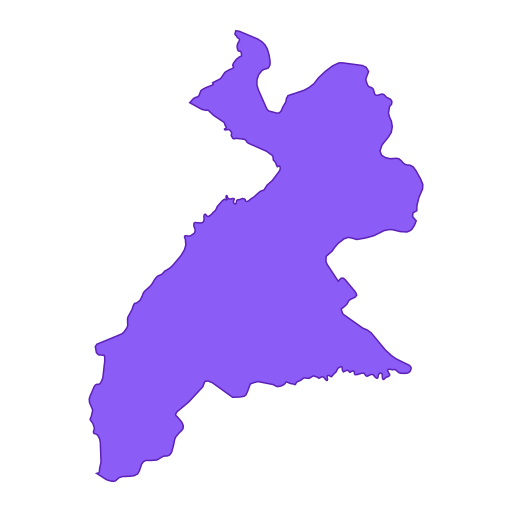 SVG path tracing the border of Arbil
{"feature_id": "IRQ-3050", "entity_name": "Arbil", "entity_type": "Province", "adm_level": 1, "iso_a3": "IRQ", "parent_name": "Iraq", "parent_adm1": "", "projection": "orthographic", "projection_center": [44.221, 36.37], "detail": "fine", "context": "isolated", "style": "filled", "palette": "violet", "viewbox_px": 512, "rotation_deg": 0, "n_neighbors": 0, "source": "natural_earth", "source_scale": "10m", "svg_char_len": 5990}
<svg xmlns="http://www.w3.org/2000/svg" viewBox="0 0 512 512"><path d="M235.8,30.7L239.4,31.3L257.7,39.0L262.0,41.8L265.1,45.0L267.4,49.1L269.0,54.6L269.9,59.9L270.1,62.8L269.9,65.2L268.3,68.0L266.4,68.8L264.3,69.2L261.8,70.7L258.6,74.8L257.0,79.7L256.9,84.8L258.3,89.7L266.0,107.1L267.2,109.6L268.9,111.0L276.9,113.1L279.2,112.9L281.0,111.2L282.8,107.1L285.8,102.0L286.5,98.3L288.0,95.6L304.2,90.2L309.2,87.4L313.9,83.7L318.5,77.8L325.4,71.3L332.7,65.8L338.8,62.9L342.4,62.8L362.4,65.5L366.2,67.4L368.6,71.5L366.0,78.4L366.0,80.7L367.6,85.0L368.7,86.6L371.5,87.6L372.9,88.6L373.6,90.2L374.6,93.8L375.5,95.0L377.3,95.4L381.0,94.2L382.9,94.1L384.2,94.8L386.4,97.2L390.6,99.3L391.9,101.5L391.6,104.1L389.5,106.7L388.5,113.1L389.6,117.3L391.4,121.2L392.3,126.6L391.3,132.3L388.7,136.6L382.0,145.0L380.0,150.9L381.5,155.1L385.3,157.6L390.3,158.7L396.3,158.3L399.0,158.8L401.4,160.9L403.2,163.0L405.2,164.4L407.4,165.1L409.9,165.1L413.2,166.9L416.0,170.7L420.7,179.2L422.8,184.4L422.6,188.9L418.9,197.5L416.9,205.7L416.8,210.7L413.0,212.8L412.6,216.6L415.5,220.1L416.2,220.7L415.4,223.0L414.4,225.4L411.8,229.4L409.7,230.9L406.9,232.0L400.3,231.6L392.0,229.6L388.1,229.7L383.9,230.7L373.9,235.7L365.5,238.0L356.8,239.5L351.2,237.9L348.1,237.4L344.1,238.8L338.2,243.3L334.5,247.6L332.4,250.8L326.1,256.4L326.0,261.5L327.1,264.3L338.2,281.2L340.1,279.1L341.4,278.1L343.4,278.2L345.3,279.8L355.0,291.5L356.1,293.3L356.7,295.3L354.9,297.3L350.4,299.4L348.9,300.6L346.9,304.1L345.4,305.7L341.2,309.0L342.1,312.1L343.1,314.2L362.6,328.0L367.0,329.9L369.3,331.4L371.2,332.9L385.4,350.0L391.6,355.7L396.4,359.0L409.5,365.4L410.8,367.0L411.1,367.7L411.1,368.9L410.0,371.5L408.8,372.5L407.4,373.1L405.3,373.4L400.9,373.3L399.1,372.8L395.2,369.6L394.3,369.5L392.2,369.8L389.7,369.1L388.1,369.5L387.6,369.8L387.5,370.4L389.8,374.9L388.7,376.4L385.8,377.5L383.9,379.4L383.3,379.5L382.9,379.2L382.4,377.9L382.2,374.4L381.9,373.7L380.5,373.0L379.9,373.0L378.6,374.5L378.3,375.3L377.9,377.7L377.3,378.2L376.4,378.1L374.9,376.9L373.3,374.9L372.4,374.5L371.2,374.4L367.4,376.2L366.4,376.1L365.3,375.1L364.3,373.5L363.3,373.2L361.8,373.2L357.2,374.6L355.1,374.7L354.4,373.7L354.3,371.8L353.4,370.9L352.5,370.9L350.4,372.1L349.7,372.3L348.4,370.7L346.9,370.2L343.4,371.9L342.2,369.9L342.2,367.6L341.6,366.7L341.0,366.6L338.0,368.2L336.0,372.0L334.4,373.4L331.5,376.7L330.8,376.6L328.7,375.3L327.9,375.5L327.2,376.0L327.1,376.8L327.6,379.1L327.3,380.3L326.6,380.4L325.8,379.9L323.8,377.3L322.4,376.7L321.2,377.1L319.5,378.0L318.6,378.2L317.6,377.2L313.3,375.9L309.2,378.3L307.5,378.3L305.1,377.9L303.6,378.1L300.7,380.3L297.1,381.9L296.4,382.4L295.4,384.5L294.8,384.6L293.4,384.0L290.3,383.5L286.8,382.0L286.0,382.0L285.1,383.5L284.0,384.5L281.2,386.0L277.7,386.6L276.6,386.4L272.9,384.5L258.0,381.6L254.8,382.3L250.3,384.0L247.5,391.6L245.8,395.1L244.0,396.3L239.8,397.0L232.6,397.3L212.2,382.6L207.8,380.9L204.8,381.5L202.8,386.8L188.8,401.9L176.9,411.9L175.7,414.0L175.8,415.5L177.1,416.6L181.3,421.5L182.5,423.6L183.3,425.8L183.1,428.5L181.5,430.7L179.0,433.0L176.0,436.6L174.7,439.4L173.5,445.4L171.5,452.5L169.6,455.0L167.5,455.9L163.3,456.2L157.0,460.0L150.5,460.5L146.1,460.4L143.5,461.6L141.6,464.2L139.3,471.1L137.6,473.9L134.5,475.6L130.7,476.2L122.3,476.6L119.3,477.5L115.4,480.9L113.5,481.3L111.4,481.2L107.3,480.0L105.5,479.1L96.7,473.4L98.8,472.8L99.3,472.1L99.7,467.9L100.8,463.2L101.0,461.0L100.3,442.4L99.6,438.8L98.1,435.9L97.0,434.6L95.9,434.0L94.1,433.5L93.6,432.8L93.4,431.9L94.4,428.5L93.6,425.5L92.7,423.2L90.3,419.9L90.1,419.0L91.3,416.5L92.7,410.0L89.5,402.5L89.2,399.1L90.0,396.3L94.2,386.6L95.3,385.1L96.4,384.4L99.3,384.2L100.7,382.8L102.8,378.0L104.7,361.4L104.7,357.0L104.1,355.3L98.4,354.8L96.4,352.6L95.3,346.6L96.9,344.2L122.0,333.8L124.1,331.9L126.9,327.8L127.4,326.6L127.7,325.4L127.5,319.1L127.9,317.1L132.1,309.4L133.1,306.1L134.1,304.0L134.8,303.3L136.4,303.1L140.1,300.3L142.4,295.6L143.4,292.9L144.5,291.3L150.6,285.8L152.3,283.5L154.6,279.6L156.2,277.5L157.7,276.1L162.0,274.2L164.8,271.0L166.3,270.3L169.9,268.0L173.0,265.1L181.1,255.4L184.4,249.9L185.8,245.1L185.4,239.4L184.5,237.2L184.7,236.3L185.2,235.7L189.4,236.1L190.8,235.6L194.2,233.3L194.8,232.2L195.1,230.9L195.0,229.0L193.9,226.3L193.8,224.0L194.2,223.0L195.0,222.5L201.1,223.0L202.8,222.4L203.7,221.1L204.1,219.6L203.9,216.7L204.2,215.0L204.7,214.3L205.3,214.2L206.5,215.4L207.0,216.2L208.0,216.5L209.1,216.1L211.8,214.1L213.2,212.3L215.1,210.8L216.4,208.7L217.2,206.6L222.0,201.1L223.6,199.8L224.7,199.2L225.8,199.9L226.7,199.8L226.9,199.2L226.2,198.1L226.0,197.2L226.1,196.0L226.5,195.6L226.9,195.6L227.7,197.8L229.1,198.9L230.0,199.1L232.9,198.4L234.1,198.7L234.2,199.3L233.4,201.9L233.6,202.8L234.2,203.5L235.5,203.9L236.1,203.6L236.7,200.6L237.3,200.0L237.9,199.7L239.3,199.7L242.3,198.5L244.3,198.9L245.0,199.3L245.3,199.8L245.3,200.4L245.5,201.1L246.3,201.5L248.3,201.1L250.7,199.0L254.0,196.9L259.2,192.2L260.7,191.1L264.0,190.0L267.0,185.2L272.4,180.4L279.3,171.2L280.2,169.1L280.2,167.1L279.4,166.0L279.0,165.9L277.6,166.8L277.1,166.5L275.3,162.1L273.3,160.0L273.0,156.9L272.6,155.9L271.6,154.9L270.0,153.9L266.8,151.4L248.7,143.4L247.4,142.5L246.5,141.5L245.8,140.2L244.3,139.3L236.8,138.4L233.6,138.8L232.9,138.4L231.3,135.8L231.2,135.2L231.6,133.5L231.5,132.4L230.3,130.5L229.6,129.9L228.7,129.6L224.9,129.9L224.5,129.5L224.5,129.0L226.2,128.1L226.4,127.5L224.9,124.8L224.7,123.6L223.7,122.1L213.6,115.4L208.4,110.4L207.3,110.1L206.2,110.4L201.8,109.4L189.7,102.7L193.5,98.5L196.1,97.2L197.7,96.8L198.6,96.0L199.3,94.8L200.8,90.8L201.9,89.8L205.3,87.9L212.4,85.0L213.3,84.5L213.3,84.0L212.6,82.7L220.0,79.0L221.1,78.0L224.7,72.6L225.8,71.7L229.7,69.5L232.2,68.6L233.2,67.8L233.6,67.1L232.7,65.5L232.9,64.5L233.5,63.2L235.7,60.1L237.2,58.6L239.3,57.0L241.4,56.1L241.5,54.5L241.0,51.8L240.4,51.3L238.5,51.0L237.7,49.9L237.1,47.1L237.2,45.2L237.7,43.7L239.5,40.2L239.5,39.4L239.2,38.8L237.2,37.4L236.6,36.0L235.6,35.3L234.9,34.1L235.8,30.7Z" fill="#8b5cf6" stroke="#5b21b6" stroke-width="1.5"/></svg>